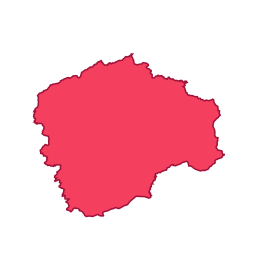 Mahabo, Menabe, Madagascar, rotated 245°
{"feature_id": "10022922B70120442307447", "entity_name": "Mahabo", "entity_type": "district", "adm_level": 2, "iso_a3": "MDG", "parent_name": "Madagascar", "parent_adm1": "Menabe", "projection": "equal_earth", "projection_center": [45.183, -20.687], "detail": "fine", "context": "isolated", "style": "filled", "palette": "rose", "viewbox_px": 256, "rotation_deg": 245, "n_neighbors": 0, "source": "geoboundaries", "source_scale": "gbopen_adm2", "svg_char_len": 5782}
<svg xmlns="http://www.w3.org/2000/svg" viewBox="0 0 256 256"><g transform="rotate(245 128 128)"><path d="M195.7,59.8L193.2,59.6L191.4,58.4L189.2,57.8L187.8,56.8L186.6,56.3L185.4,55.2L184.6,52.0L183.4,51.1L183.5,50.5L182.9,49.9L182.9,51.3L182.3,51.2L181.9,50.9L181.7,50.1L181.4,50.2L179.7,48.1L178.9,47.9L178.3,47.3L177.5,47.5L176.5,47.2L176.0,48.0L174.7,47.6L174.3,46.5L173.7,46.7L173.2,45.6L172.9,46.3L172.0,45.9L171.1,47.4L170.8,46.6L170.6,46.6L170.0,47.6L170.0,48.7L168.8,51.1L167.6,52.2L166.5,51.7L164.7,52.4L163.6,51.9L161.7,50.2L161.2,49.1L159.8,48.7L159.2,47.8L156.8,49.0L154.4,52.2L151.9,52.0L151.1,51.7L150.7,51.0L146.7,49.4L146.0,48.0L147.9,46.3L147.7,45.2L147.3,44.5L147.2,43.3L145.3,40.6L144.9,39.1L143.7,38.7L143.3,38.9L141.9,38.1L141.4,38.6L141.2,40.0L138.3,39.7L138.1,40.6L137.5,41.5L136.5,41.7L136.1,42.2L135.3,42.5L135.0,41.8L134.3,41.7L134.0,41.1L133.1,40.8L132.2,39.8L131.8,37.7L131.4,37.5L129.7,38.3L129.3,38.9L127.9,39.5L127.3,41.6L126.2,41.9L125.7,43.1L124.8,44.2L125.4,45.0L125.6,45.8L124.4,45.8L124.7,47.0L124.5,48.8L122.7,51.3L120.6,49.9L119.2,49.5L119.1,48.6L118.2,46.7L118.3,45.2L118.0,44.9L116.6,44.9L115.8,42.9L115.6,41.5L114.3,40.6L113.2,41.2L112.8,42.0L112.4,41.0L111.6,40.7L111.4,39.6L110.9,39.3L110.5,39.3L110.3,43.4L109.4,44.1L107.5,42.9L106.4,44.2L105.4,42.9L104.7,42.5L104.7,41.4L103.9,40.7L101.4,42.3L100.8,43.5L99.0,44.3L98.5,43.3L96.8,42.5L96.4,41.5L95.6,41.3L95.6,40.5L93.8,39.6L93.7,40.6L94.0,41.2L93.5,42.5L93.0,42.4L92.5,41.7L90.3,41.0L89.9,42.0L89.0,43.1L88.8,44.3L88.5,44.6L87.6,42.2L87.6,40.8L86.9,40.6L85.5,41.7L84.5,42.0L83.5,41.6L82.0,41.7L81.7,41.4L80.7,38.4L79.8,37.9L77.9,40.0L76.2,40.8L76.9,42.9L77.9,44.3L78.1,45.6L77.9,46.2L77.2,46.6L76.7,48.1L74.6,49.6L74.3,49.6L73.9,49.0L73.5,49.1L72.9,50.1L71.4,51.2L68.6,51.9L67.0,51.9L65.5,52.7L64.6,55.8L63.4,57.4L62.7,58.9L62.5,63.2L62.3,64.1L60.3,65.5L58.8,68.3L59.0,68.8L61.0,68.9L62.1,69.7L62.2,71.7L61.5,74.8L61.7,77.7L61.1,80.8L61.2,83.0L58.9,85.5L58.8,87.1L59.2,91.4L58.7,95.2L60.5,98.4L62.7,106.4L58.7,114.2L55.8,117.1L55.5,118.6L55.9,119.5L56.8,119.9L56.9,120.6L57.9,120.0L58.1,120.4L59.4,120.1L59.5,120.7L60.6,120.0L60.9,120.5L61.5,120.3L62.5,121.2L63.0,122.5L64.1,122.6L64.4,123.3L65.1,123.6L64.9,124.3L67.3,125.5L67.4,125.8L66.9,126.9L67.6,126.7L68.8,127.8L68.9,128.6L69.6,128.9L69.4,130.5L69.6,130.8L70.3,130.7L70.6,131.4L71.7,132.5L72.3,131.5L73.0,132.6L72.8,133.1L73.9,132.7L74.9,133.5L74.4,135.2L74.7,135.5L74.9,136.5L73.9,138.3L74.5,141.2L74.1,141.9L74.1,144.0L73.6,145.1L75.3,146.7L75.0,149.0L75.6,149.9L76.2,152.0L75.7,153.4L75.5,153.6L74.9,153.2L74.6,154.1L73.7,155.0L73.6,157.8L73.3,160.4L73.8,163.1L73.2,165.3L73.3,166.4L73.1,166.9L71.9,167.9L67.8,167.1L67.6,168.4L66.9,168.7L65.0,170.4L64.3,170.3L62.0,171.9L58.9,175.0L58.3,176.1L58.1,177.9L57.1,179.2L56.8,183.1L58.4,185.9L58.2,187.2L58.8,188.0L59.5,190.3L59.3,191.6L60.1,192.6L60.9,192.6L61.5,193.0L62.1,194.2L61.9,195.9L62.0,197.2L61.6,199.9L61.7,200.7L62.9,202.2L62.9,203.8L63.4,204.1L64.1,203.0L65.3,202.7L67.3,203.5L68.7,202.1L69.5,200.6L71.0,199.9L73.6,199.7L74.9,201.7L77.5,202.8L78.9,204.2L79.9,204.4L81.1,205.4L82.3,203.7L84.9,203.5L86.8,204.7L89.3,205.6L93.4,205.7L94.6,206.2L97.4,208.3L97.6,209.0L98.1,209.3L98.2,210.7L98.9,211.7L99.4,214.3L100.2,215.4L100.6,217.0L102.5,216.8L104.8,218.2L105.1,218.1L105.4,217.3L105.8,217.1L109.6,218.5L111.8,217.0L112.4,217.2L113.5,216.8L115.9,216.9L117.1,217.5L118.3,217.0L118.3,214.0L118.8,212.5L120.3,210.6L120.2,209.6L120.5,208.5L122.4,207.4L123.0,206.0L124.2,206.1L125.0,204.2L127.2,204.0L127.6,202.5L130.3,199.8L131.3,197.8L132.1,197.3L132.5,196.2L133.9,196.1L134.8,196.4L135.5,195.8L136.6,195.7L140.5,196.3L142.3,195.4L142.1,196.9L142.6,197.9L143.9,197.7L144.6,199.0L144.3,199.5L144.2,200.9L145.8,200.6L146.4,199.1L145.9,198.3L145.9,197.5L146.5,197.1L147.3,197.4L148.7,196.4L148.7,196.0L148.1,195.2L148.5,194.5L149.1,194.7L149.1,194.0L149.8,192.8L150.5,192.4L150.5,191.9L151.2,190.8L151.7,190.2L153.0,189.8L153.2,189.2L153.6,189.2L153.5,188.7L153.7,187.9L155.0,187.3L155.2,186.8L156.7,186.7L156.9,185.9L156.4,185.6L155.8,184.3L156.2,184.2L156.2,183.5L156.9,183.0L157.5,181.9L158.4,181.7L159.0,182.0L159.5,181.6L159.7,180.8L161.1,180.8L161.0,180.4L161.4,180.1L162.0,177.9L162.8,177.9L163.1,177.4L162.8,176.1L163.2,175.2L162.4,173.1L162.6,172.2L163.4,171.2L166.3,172.5L168.4,171.4L169.2,172.6L169.6,172.5L169.7,172.9L170.1,172.8L170.4,173.2L170.9,172.6L171.4,172.7L172.9,171.9L173.4,170.9L175.2,170.2L175.7,170.8L175.9,172.8L177.1,173.2L179.0,172.1L180.8,169.2L180.8,168.6L180.2,167.2L181.1,165.2L181.1,163.5L183.1,161.1L185.3,160.9L186.0,161.5L189.4,161.7L190.6,161.7L191.3,161.3L192.4,161.6L192.4,162.3L193.1,163.5L193.7,162.2L192.6,161.0L192.9,159.9L192.2,159.4L192.2,158.9L192.8,157.9L193.2,156.4L193.7,156.0L192.6,153.8L192.7,153.1L192.1,152.1L192.0,150.9L192.5,149.3L193.0,148.6L192.9,145.0L193.1,144.1L192.7,143.1L193.3,141.3L193.7,141.2L193.2,140.1L194.0,139.1L194.6,139.2L194.9,138.5L194.2,136.9L193.7,136.4L194.3,136.3L194.1,135.2L194.8,133.4L196.9,132.6L198.0,132.6L198.6,131.9L199.4,132.3L200.4,132.2L200.3,129.9L200.5,129.0L200.1,127.4L199.4,127.0L199.3,126.3L199.6,125.4L199.6,124.0L199.0,123.7L199.0,122.9L198.4,121.5L199.2,119.2L198.8,119.0L198.9,117.1L198.2,115.6L198.7,113.3L198.0,110.7L198.0,109.5L194.9,106.9L194.2,105.5L194.3,104.7L194.8,104.0L196.6,103.9L197.2,103.3L198.4,100.3L197.7,97.8L197.7,96.6L198.1,95.8L198.7,95.7L198.9,94.8L199.3,94.1L199.1,92.4L199.5,90.8L199.0,89.8L199.1,88.9L199.4,88.6L199.1,87.5L199.2,86.7L198.7,86.6L198.2,85.5L198.1,84.2L197.8,83.6L198.5,82.4L198.6,81.2L199.5,77.9L199.3,77.5L199.8,75.9L199.5,75.3L198.9,75.0L197.8,72.4L197.0,71.4L197.0,70.1L197.3,69.2L197.0,68.2L197.4,67.2L196.4,66.0L196.7,64.9L196.5,63.6L196.9,63.0L196.8,62.3L195.7,59.8Z" fill="#f43f5e" stroke="#9f1239" stroke-width="1.5"/></g></svg>